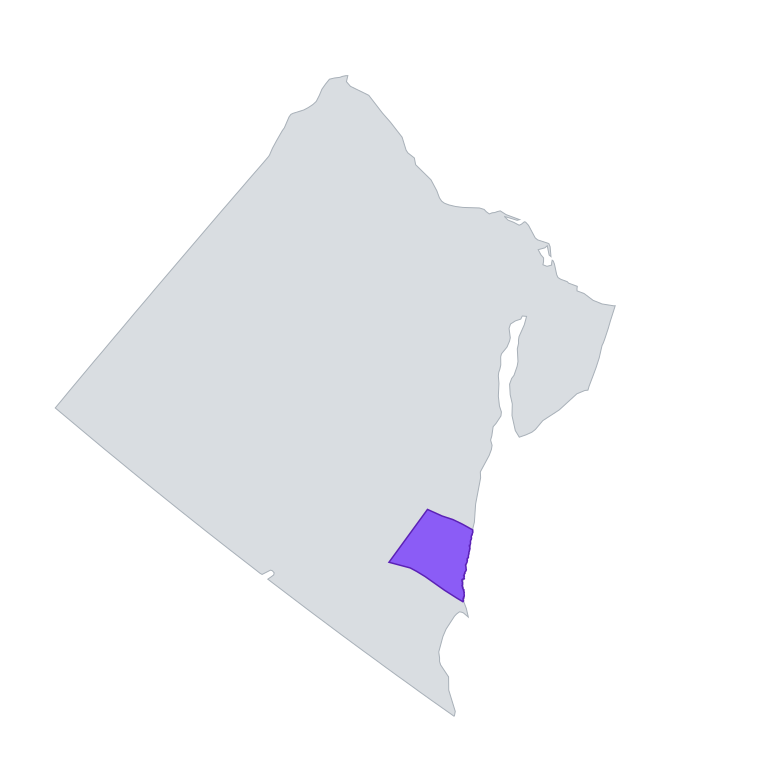 location of Marsa Alam, Al Bahr al Ahmar, Egypt, rotated 36°
{"feature_id": "37247803B19297711577028", "entity_name": "Marsa Alam", "entity_type": "district", "adm_level": 2, "iso_a3": "EGY", "parent_name": "Egypt", "parent_adm1": "Al Bahr al Ahmar", "projection": "orthographic", "projection_center": [35.034, 24.707], "detail": "fine", "context": "in_parent", "style": "filled", "palette": "violet", "viewbox_px": 768, "rotation_deg": 36, "n_neighbors": 0, "source": "geoboundaries", "source_scale": "gbopen_adm2", "svg_char_len": 6928}
<svg xmlns="http://www.w3.org/2000/svg" viewBox="0 0 768 768"><g transform="rotate(36 384 384)"><path d="M635.9,611.6L622.0,611.8L608.0,612.0L594.0,612.1L580.1,612.1L566.1,612.2L552.1,612.2L538.2,612.1L524.2,612.1L510.3,612.0L496.3,611.9L482.3,611.7L468.4,611.5L454.4,611.3L440.5,611.0L426.5,610.7L412.6,610.4L404.7,610.2L406.1,606.2L407.0,603.3L406.1,601.3L403.4,600.7L401.6,601.3L397.3,609.7L395.1,610.0L390.1,609.8L373.9,609.3L357.7,608.8L341.5,608.2L325.3,607.6L309.2,606.9L293.0,606.2L276.8,605.4L260.7,604.6L244.6,603.8L228.4,602.9L212.3,601.9L196.3,601.0L180.2,599.9L164.1,598.8L148.1,597.7L132.1,596.6L132.8,586.3L133.4,576.0L134.1,565.7L134.8,555.5L135.5,545.2L136.2,534.9L137.0,524.6L137.7,514.3L138.4,504.1L139.2,493.8L139.9,483.5L140.6,473.2L141.4,463.0L142.2,452.7L142.9,442.4L143.7,432.1L144.5,421.8L145.3,411.6L146.1,401.3L146.9,391.0L147.7,380.8L148.5,370.5L149.3,360.2L150.1,349.9L150.9,339.7L151.8,329.4L152.6,319.2L153.5,308.9L154.3,298.7L155.2,288.4L156.1,278.2L156.9,267.9L156.8,266.0L155.2,258.9L154.0,249.9L152.8,238.8L152.8,235.3L150.2,223.8L150.2,220.6L151.3,218.5L158.0,209.5L160.2,205.0L162.2,199.7L163.1,195.2L162.0,188.3L160.5,182.0L160.4,175.7L160.7,169.5L164.1,165.5L168.0,161.9L169.6,159.5L171.9,157.0L173.5,155.8L175.9,161.5L181.9,162.9L202.0,159.4L223.4,165.7L235.3,168.4L253.6,173.7L264.4,181.8L267.5,183.0L275.7,183.3L280.7,188.0L302.0,191.2L313.1,196.6L319.4,200.8L323.2,202.2L326.7,202.2L331.4,200.9L337.4,198.4L344.0,194.8L357.7,185.5L362.4,183.9L365.5,184.5L369.2,184.5L370.9,181.9L372.9,180.1L374.2,178.1L376.3,175.6L383.2,175.2L397.1,171.3L395.5,173.3L382.8,177.7L388.1,178.5L393.7,177.0L400.0,176.1L401.2,174.1L402.2,170.3L403.4,169.8L407.7,170.7L420.4,176.9L423.6,177.1L432.8,174.1L434.8,173.5L437.7,175.3L444.2,182.8L441.8,182.6L434.8,176.2L434.1,179.3L429.8,184.7L434.9,187.2L439.0,188.2L441.2,191.3L442.5,194.1L446.7,193.0L449.7,189.3L448.3,187.2L447.3,185.0L448.6,185.0L451.4,186.8L459.5,194.1L462.2,195.6L465.4,195.4L472.1,193.5L474.0,193.9L483.0,191.4L484.0,193.3L485.4,195.2L492.7,193.2L504.0,193.4L513.3,191.1L524.1,185.6L525.0,184.8L525.5,186.1L526.8,190.0L530.0,199.7L532.8,207.4L536.2,218.0L537.3,222.0L537.8,224.8L542.8,236.5L545.9,246.0L548.1,253.8L551.2,265.2L552.6,269.1L550.3,271.2L545.8,278.6L541.0,302.0L534.0,320.3L533.2,331.8L532.0,336.0L528.7,341.8L524.7,347.5L517.6,344.5L506.1,334.3L499.5,324.7L492.4,318.5L485.7,310.3L484.0,304.4L484.1,300.6L481.3,291.4L479.2,287.1L471.2,277.2L468.9,271.9L467.1,269.6L465.4,266.3L462.7,253.6L459.6,245.5L455.9,247.7L456.5,251.1L453.2,255.7L451.1,261.1L452.5,265.5L459.0,272.4L460.3,275.4L461.8,281.8L461.3,290.5L462.4,293.4L467.3,300.0L469.0,303.9L470.0,307.2L471.7,310.2L476.6,315.9L483.7,326.7L490.4,334.0L495.4,337.6L497.4,341.1L497.8,350.1L497.4,354.4L501.7,362.6L503.2,366.7L507.5,370.1L509.4,373.9L511.1,380.1L513.6,398.5L517.3,403.1L528.7,427.3L538.3,442.6L543.0,454.0L550.2,467.9L564.4,498.5L572.9,507.9L576.3,513.1L582.5,517.2L589.2,523.0L582.8,522.5L581.2,522.9L579.0,523.9L577.9,527.4L577.5,530.4L578.3,545.8L580.1,553.7L585.8,568.6L590.0,573.0L592.1,575.9L595.0,578.0L608.4,583.0L616.3,593.6L634.1,607.0L635.9,610.8L635.9,611.6Z" fill="#d9dde1" stroke="#a8b0b8" stroke-width="1"/><path d="M576.5,513.7L576.4,513.7L576.1,513.5L575.9,513.4L575.7,513.1L575.8,513.0L575.7,512.8L575.7,512.7L575.3,512.6L574.8,512.0L574.6,511.7L574.4,511.4L574.3,511.1L574.2,511.0L574.3,510.8L574.4,510.7L574.3,510.4L574.3,510.2L574.1,509.9L574.0,510.0L573.9,510.0L573.7,509.9L573.6,509.7L573.6,509.4L573.8,509.3L573.8,509.1L573.7,508.8L573.5,508.3L573.4,508.1L573.2,508.0L573.1,507.8L572.8,507.4L572.5,507.1L572.2,506.7L571.7,506.2L571.5,505.9L571.5,505.6L571.4,505.5L571.3,505.3L571.1,505.2L570.9,505.2L570.7,505.1L570.6,504.8L570.5,504.7L570.3,504.5L570.1,504.5L569.9,504.5L569.9,504.3L569.8,504.1L569.8,503.9L569.8,503.7L569.7,503.6L569.4,503.4L569.2,503.4L569.2,503.6L568.8,503.6L568.5,503.4L568.4,503.3L568.1,503.2L567.8,503.1L567.7,503.0L567.5,502.8L567.4,502.6L567.4,502.3L567.3,502.2L567.2,502.2L566.7,502.1L566.5,501.9L566.2,501.6L565.8,501.3L565.6,501.2L565.6,500.8L565.6,500.4L565.3,499.9L565.1,499.8L564.9,499.8L564.8,499.7L564.9,499.3L564.8,499.2L564.6,499.2L564.5,498.7L564.4,498.6L564.3,498.4L564.2,498.3L564.1,498.2L563.9,498.1L563.5,498.1L563.4,498.0L563.1,497.7L563.0,497.4L562.8,497.3L562.8,497.2L562.7,497.1L562.3,496.7L562.2,496.6L562.1,496.3L562.1,496.2L562.3,495.9L562.5,495.8L562.7,495.7L562.7,495.4L562.6,495.0L562.6,494.8L562.6,494.7L562.8,494.6L563.0,494.6L563.3,494.6L563.5,494.5L563.5,494.3L563.4,494.2L562.9,493.9L562.6,493.7L562.4,493.4L562.3,493.2L562.2,492.8L562.1,492.6L562.0,492.3L561.9,492.2L561.7,492.1L561.4,492.0L561.4,492.3L561.2,492.3L561.2,492.2L561.3,491.9L561.3,491.7L561.1,491.4L560.9,491.1L560.6,490.8L560.6,490.6L560.7,490.3L560.9,489.9L560.9,489.7L560.7,489.5L560.3,489.3L560.2,489.1L560.1,488.9L560.0,488.7L560.1,488.4L560.2,488.1L560.2,487.9L560.2,487.7L560.1,487.3L560.0,487.0L560.0,486.6L559.9,486.3L559.8,486.0L559.7,485.8L559.6,485.7L559.2,485.5L559.0,485.3L558.9,485.0L558.6,484.8L558.4,484.6L558.3,484.3L558.1,484.1L557.9,484.0L557.7,483.8L557.5,483.6L557.4,483.4L557.0,483.1L556.8,482.9L556.6,482.8L556.5,482.6L556.3,482.4L556.3,482.2L556.2,481.9L556.2,481.4L556.3,481.1L556.3,480.9L556.2,480.8L556.1,480.7L556.0,480.4L556.0,479.8L555.9,479.3L555.7,478.9L555.5,478.5L555.4,478.2L555.2,477.9L555.1,477.7L554.9,477.7L554.9,477.4L554.7,477.3L554.4,477.1L554.0,476.5L553.9,476.2L553.9,475.9L554.0,475.7L554.3,475.3L554.3,475.1L554.3,474.9L554.2,474.7L554.0,474.3L553.8,474.1L553.5,473.9L553.4,473.8L553.2,473.4L553.1,473.2L553.0,472.8L552.9,472.6L552.8,472.4L552.8,472.2L552.6,472.1L552.5,471.9L552.5,471.7L552.4,471.4L552.3,471.1L552.2,471.1L552.1,470.8L551.9,470.7L551.7,470.4L551.6,470.1L551.5,469.8L551.5,469.5L551.4,469.4L551.2,469.2L551.2,468.9L551.1,468.5L550.8,468.0L550.5,467.7L550.4,467.2L550.5,467.0L550.3,466.8L550.2,466.7L549.9,466.5L549.9,466.4L550.0,466.3L549.8,466.1L549.4,465.7L549.1,465.5L549.1,465.2L548.9,465.0L548.6,465.0L548.6,464.9L548.8,464.8L548.7,464.7L548.3,464.5L548.5,464.4L548.4,463.9L548.2,463.6L548.1,463.2L548.0,462.9L547.9,462.7L547.9,462.4L547.7,462.2L547.5,461.9L547.3,461.5L547.1,461.4L546.8,461.0L546.7,460.8L546.5,460.7L546.4,460.4L546.2,459.9L545.9,459.5L546.0,459.2L545.9,459.0L545.8,458.8L545.9,458.5L545.7,458.2L545.7,457.9L545.4,457.3L545.2,457.0L544.8,456.9L544.6,456.7L544.5,456.4L544.4,456.2L544.2,456.0L544.0,455.5L543.9,455.1L543.8,454.8L543.9,454.5L544.0,454.3L543.9,454.2L543.8,454.3L543.7,454.1L543.8,453.9L543.7,453.7L543.4,453.3L543.3,453.1L543.3,452.8L543.2,452.5L543.2,452.1L543.1,451.9L542.9,451.6L542.8,451.4L542.7,451.3L542.6,451.2L542.3,451.2L542.2,451.1L542.1,450.8L542.1,450.7L541.9,450.4L541.8,450.1L541.7,450.0L541.6,449.9L529.9,451.3L519.8,453.1L508.4,456.7L492.9,459.9L492.8,525.3L513.3,517.4L520.6,516.4L530.5,515.6L554.1,515.3L568.9,514.4L576.5,513.7Z" fill="#8b5cf6" stroke="#5b21b6" stroke-width="1.5"/></g></svg>